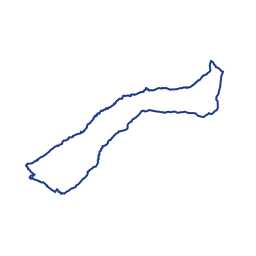 the district of Polovragi, Gorj, Romania, rotated 64°
{"feature_id": "2599482B25892022881740", "entity_name": "Polovragi", "entity_type": "district", "adm_level": 2, "iso_a3": "ROU", "parent_name": "Romania", "parent_adm1": "Gorj", "projection": "albers", "projection_center": [23.807, 45.24], "detail": "fine", "context": "isolated", "style": "outline", "palette": "blue", "viewbox_px": 256, "rotation_deg": 64, "n_neighbors": 0, "source": "geoboundaries", "source_scale": "gbopen_adm2", "svg_char_len": 5929}
<svg xmlns="http://www.w3.org/2000/svg" viewBox="0 0 256 256"><g transform="rotate(64 128 128)"><path d="M129.5,238.1L129.8,237.9L130.3,237.9L130.5,237.4L130.8,237.6L131.0,237.5L130.9,237.1L131.2,236.8L131.1,236.0L131.2,235.6L132.3,235.5L137.1,230.8L137.4,231.0L139.0,229.7L139.7,227.9L144.2,226.0L144.5,226.5L150.5,223.5L150.7,223.4L150.7,223.2L153.5,221.6L152.1,218.8L152.8,218.8L153.5,218.0L155.0,218.4L155.2,218.1L155.2,217.9L155.8,217.6L156.0,217.1L156.7,216.6L157.1,216.6L157.8,216.9L158.1,216.0L157.9,215.5L158.0,215.2L158.7,214.4L158.8,213.9L159.1,213.7L158.6,212.4L158.3,210.6L158.5,209.3L157.7,206.5L157.7,204.8L158.0,204.1L157.9,202.4L158.1,201.0L157.1,199.9L156.8,198.7L157.0,197.8L156.7,197.3L156.3,195.8L155.2,193.6L155.1,193.0L154.3,191.6L154.0,190.4L153.9,189.0L152.6,185.7L151.6,184.5L150.9,184.1L150.5,183.6L149.8,183.7L149.6,183.6L149.5,182.1L149.3,181.7L148.8,180.1L148.8,179.1L148.6,177.8L148.2,176.6L147.9,176.2L148.0,175.6L148.6,174.3L148.5,173.8L147.8,172.5L147.0,171.3L146.5,171.0L145.6,169.8L144.9,169.5L143.7,169.4L143.2,168.8L143.0,168.0L142.7,167.6L141.4,167.6L141.0,167.1L140.4,166.6L139.7,166.5L139.4,166.3L139.4,165.4L139.2,165.1L136.9,164.1L136.6,163.6L136.4,162.2L135.8,161.6L135.0,161.3L134.7,160.0L134.1,159.3L133.2,158.9L133.2,158.6L133.7,157.8L133.5,156.6L133.7,155.2L132.9,152.9L132.4,152.4L131.6,152.1L131.1,151.3L130.7,150.0L130.8,149.7L131.2,149.2L129.9,146.8L129.8,146.0L129.4,145.0L128.7,144.1L128.6,143.1L127.9,141.5L127.9,140.2L127.8,138.8L126.9,137.8L127.4,137.3L127.6,136.1L128.5,131.9L128.6,131.0L128.6,130.0L128.2,129.3L128.2,128.8L128.1,128.6L127.3,128.1L126.1,127.6L125.3,127.1L124.7,126.5L124.1,125.5L123.8,123.3L123.5,122.3L123.3,122.0L123.4,121.9L123.1,121.8L123.0,121.2L122.3,120.2L122.4,118.3L122.0,117.6L121.9,116.8L122.1,116.3L121.4,114.6L121.2,113.3L120.7,112.2L120.5,111.4L119.1,109.2L119.0,108.8L119.1,108.4L118.8,107.4L119.5,106.2L120.2,106.0L120.5,105.5L121.0,104.2L121.3,100.8L122.3,99.7L123.0,98.5L124.0,97.5L127.5,92.3L128.4,91.1L129.2,89.5L130.1,88.9L130.3,88.4L130.8,87.3L130.6,86.2L130.8,85.6L131.1,84.6L132.5,82.9L132.9,81.5L133.0,80.3L134.0,78.5L135.6,77.1L136.5,76.0L136.9,73.7L138.0,71.3L138.1,70.2L138.4,69.7L139.0,69.0L140.8,67.4L141.7,66.0L142.8,63.5L144.4,61.0L145.4,60.5L147.7,59.8L150.6,56.3L151.3,55.2L150.7,52.5L150.7,50.4L150.1,48.8L151.0,48.2L152.2,46.7L152.0,45.7L151.7,44.8L151.4,43.7L150.8,42.5L150.9,41.3L150.8,40.4L149.2,38.4L143.2,35.7L141.7,36.2L140.7,36.1L139.3,35.0L138.6,34.8L137.7,32.7L136.0,30.9L135.0,30.3L133.3,28.7L131.2,27.1L130.7,26.6L127.2,24.6L126.5,24.0L124.2,22.6L121.9,21.0L119.1,17.9L118.7,18.1L117.6,19.2L115.4,19.6L113.4,20.8L112.4,21.7L111.9,22.3L110.5,22.1L108.5,22.8L106.0,22.8L104.2,24.1L107.3,26.9L108.3,27.4L109.3,27.6L112.0,28.6L112.7,29.0L112.8,29.2L113.3,30.6L113.4,31.9L114.1,33.4L114.2,34.8L113.9,35.6L114.1,36.3L113.9,36.7L113.9,37.8L114.3,38.1L114.4,38.9L114.8,39.4L115.3,40.8L116.0,41.8L116.2,42.3L116.3,43.1L115.9,44.4L116.4,44.9L116.4,45.3L116.7,45.6L116.6,46.4L116.8,46.9L116.8,47.3L117.4,48.0L117.3,48.7L117.7,49.1L117.7,49.9L118.1,50.6L117.9,51.1L118.4,53.0L118.3,55.2L118.0,56.3L117.5,56.6L117.4,57.2L117.7,57.6L117.7,57.9L116.8,58.4L116.5,59.1L116.0,59.7L115.8,60.3L116.0,62.0L115.3,62.7L115.1,63.7L114.9,64.2L115.0,65.3L114.4,66.6L114.5,67.5L113.7,69.0L113.2,70.4L112.3,72.2L112.3,72.9L111.4,73.9L110.0,75.0L109.6,75.6L108.9,76.0L108.6,76.3L108.4,76.7L108.3,77.9L107.8,78.3L107.5,78.9L107.0,79.3L107.2,79.9L107.3,80.4L107.1,80.9L105.8,82.2L105.6,83.4L105.6,83.9L105.4,84.6L105.4,85.8L105.5,86.3L105.4,87.8L105.0,89.2L104.3,90.4L104.3,90.8L103.8,91.2L103.6,92.7L103.1,92.9L102.2,92.7L101.9,93.0L101.9,93.6L101.7,93.8L101.2,93.9L100.4,93.8L100.0,94.2L100.1,94.6L101.0,95.2L101.3,95.7L101.3,97.2L101.4,97.4L101.9,97.5L102.2,97.9L102.1,98.7L102.2,99.4L101.3,100.6L101.3,102.7L101.1,103.6L101.3,104.2L101.4,105.3L101.1,106.6L101.2,107.5L100.3,108.2L100.1,109.1L99.5,109.7L99.6,111.2L100.4,111.4L100.5,111.6L99.9,112.7L99.4,113.0L98.7,113.8L98.3,115.8L97.6,117.2L97.0,117.6L96.9,117.9L97.3,118.8L98.0,119.3L99.0,120.4L98.5,121.0L98.7,121.6L98.3,122.0L98.0,122.5L98.2,124.3L98.7,124.9L98.8,126.4L99.1,127.0L100.4,128.7L100.4,129.0L100.0,129.4L99.9,129.6L100.4,129.8L100.5,130.5L100.9,130.7L101.1,131.1L101.0,131.7L101.1,132.4L101.0,132.9L101.6,134.8L101.5,135.6L101.1,136.0L101.1,136.5L101.9,137.8L101.6,138.1L100.9,138.3L100.7,138.6L100.8,139.6L101.5,140.1L101.0,141.9L101.5,143.3L101.4,143.6L100.9,144.0L100.7,144.6L100.7,145.0L101.1,145.3L101.8,146.7L102.6,147.7L102.3,148.1L101.7,148.3L101.6,148.6L102.0,149.4L102.0,150.2L102.3,150.5L103.0,150.5L103.3,150.8L103.2,151.7L102.6,152.6L102.7,152.8L103.7,153.3L103.9,153.7L103.8,154.5L104.6,155.0L105.3,156.1L105.6,157.4L106.5,158.9L106.6,159.5L107.1,160.3L107.2,161.2L106.9,161.8L107.1,162.3L108.1,164.0L109.6,164.7L109.7,165.3L110.9,167.8L111.2,168.9L111.7,169.1L111.8,169.4L111.7,170.2L111.9,170.8L111.8,171.2L111.0,172.0L111.8,172.5L112.1,172.9L112.1,173.2L111.7,174.1L111.2,176.7L111.2,177.8L111.0,178.5L111.2,179.2L111.0,180.6L111.2,181.1L111.7,181.4L111.8,182.0L111.4,183.5L111.0,184.4L110.6,184.8L110.6,185.2L110.7,185.6L111.2,185.8L111.9,186.8L111.6,187.6L111.7,188.1L112.0,188.5L111.9,189.4L111.1,191.2L111.5,191.9L111.6,192.5L111.8,193.1L112.9,193.7L113.4,194.4L113.1,196.2L113.2,197.3L113.5,197.8L113.6,198.4L113.5,198.8L112.7,199.3L112.9,201.0L112.7,201.9L113.1,202.7L113.1,203.2L113.2,203.8L113.6,204.7L113.6,206.0L114.0,207.9L114.6,208.6L115.4,212.3L115.8,213.2L115.7,214.2L116.0,214.7L116.0,215.7L116.3,217.1L116.0,219.5L116.6,221.8L116.7,223.4L117.2,223.3L117.4,224.2L117.1,226.7L117.7,229.4L117.5,229.8L117.5,230.0L117.0,231.9L116.6,232.8L116.3,233.7L116.0,234.0L117.0,236.1L118.3,236.0L118.5,235.6L119.5,235.4L121.1,235.8L121.4,235.3L121.7,235.2L123.1,234.7L124.2,234.7L125.0,234.2L127.9,233.2L128.9,232.5L129.4,233.5L129.3,234.5L128.4,235.5L128.4,236.0L128.3,236.4L129.5,238.1Z" fill="none" stroke="#1e3a8a" stroke-width="2"/></g></svg>